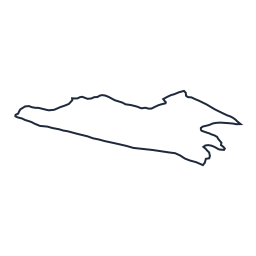 outline of Piteå, Norrbotten, Sweden
{"feature_id": "70781695B63326994968930", "entity_name": "Piteå", "entity_type": "district", "adm_level": 2, "iso_a3": "SWE", "parent_name": "Sweden", "parent_adm1": "Norrbotten", "projection": "natural_earth1", "projection_center": [20.903, 65.376], "detail": "fine", "context": "isolated", "style": "outline", "palette": "slate", "viewbox_px": 256, "rotation_deg": 0, "n_neighbors": 0, "source": "geoboundaries", "source_scale": "gbopen_adm2", "svg_char_len": 1803}
<svg xmlns="http://www.w3.org/2000/svg" viewBox="0 0 256 256"><path d="M72.1,98.3L72.3,100.2L68.9,103.9L64.8,105.6L60.3,107.1L56.7,108.7L54.1,109.8L48.8,110.3L46.4,109.8L41.9,108.7L38.6,107.9L35.2,107.8L31.9,107.2L29.0,106.1L25.2,106.4L20.4,109.3L19.0,111.6L18.2,113.6L15.6,114.8L15.4,116.3L17.7,117.4L21.8,118.4L25.1,120.0L28.7,121.1L31.6,122.1L34.2,123.5L36.6,124.5L39.9,125.9L47.4,126.6L52.3,128.0L59.2,129.3L63.1,130.5L67.4,131.2L77.5,133.9L87.4,136.3L93.0,138.3L98.9,139.5L104.8,141.1L115.0,143.3L126.4,145.9L133.3,147.9L152.7,150.0L169.5,152.5L175.1,153.2L180.0,155.4L185.0,158.6L189.9,160.5L196.2,162.2L202.9,165.1L204.8,162.7L205.9,158.8L209.2,158.3L209.9,155.9L209.1,152.4L207.0,150.4L205.7,148.8L203.4,146.9L205.3,145.5L208.2,145.1L211.7,145.7L214.4,146.9L216.2,147.8L217.9,148.9L219.4,149.5L221.7,149.7L224.0,149.9L224.8,148.6L223.3,146.8L221.0,145.1L221.4,142.7L218.3,139.0L217.1,136.9L214.5,135.4L211.5,134.4L209.4,133.4L207.1,132.7L203.7,131.5L201.7,130.8L200.9,129.7L200.9,127.9L202.9,126.5L205.6,125.9L209.2,125.0L212.7,123.5L215.9,122.9L220.4,122.6L229.0,123.2L233.4,123.6L235.4,124.1L237.0,124.2L240.6,124.1L237.0,121.2L235.7,119.8L233.1,117.9L230.5,116.5L227.1,115.3L223.1,113.4L214.9,109.4L206.5,104.4L198.9,100.7L194.8,99.0L191.5,97.4L187.9,97.1L186.0,95.7L185.8,92.9L184.0,90.9L178.6,92.4L174.3,94.2L171.0,95.1L167.2,96.9L163.2,99.1L164.6,100.9L165.8,102.2L165.5,103.3L161.0,104.4L158.0,105.4L155.2,106.7L151.4,108.6L148.3,108.6L145.7,107.8L144.1,107.9L141.9,108.3L140.2,107.9L137.9,106.9L135.2,106.1L130.6,105.0L125.5,104.3L122.4,102.6L118.9,101.5L114.7,100.2L112.7,99.1L109.2,97.2L107.0,96.2L104.9,95.5L102.0,95.1L99.6,95.7L97.5,97.0L94.1,97.2L91.3,98.5L87.5,98.8L85.4,98.0L82.2,96.8L79.9,97.2L77.7,98.3L75.5,98.5L72.1,98.3Z" fill="none" stroke="#1e293b" stroke-width="2"/></svg>